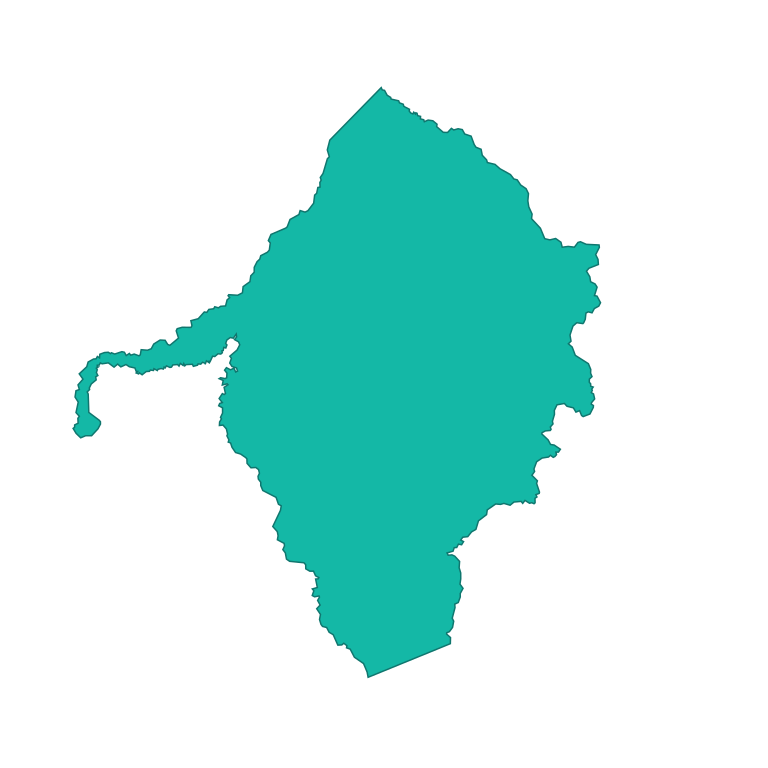 outline of Lábrea, Amazonas, Brazil, rotated 314°
{"feature_id": "56859067B73498292835260", "entity_name": "Lábrea", "entity_type": "district", "adm_level": 2, "iso_a3": "BRA", "parent_name": "Brazil", "parent_adm1": "Amazonas", "projection": "mercator", "projection_center": [-66.154, -8.383], "detail": "fine", "context": "isolated", "style": "filled", "palette": "teal", "viewbox_px": 768, "rotation_deg": 314, "n_neighbors": 0, "source": "geoboundaries", "source_scale": "gbopen_adm2", "svg_char_len": 6171}
<svg xmlns="http://www.w3.org/2000/svg" viewBox="0 0 768 768"><g transform="rotate(314 384 384)"><path d="M592.9,483.3L595.2,476.2L593.8,474.0L601.7,470.0L602.6,466.3L601.1,461.6L604.1,457.6L605.8,451.3L609.6,451.0L618.9,455.2L622.3,451.4L624.1,446.4L631.9,444.0L633.4,442.1L625.0,432.5L622.8,426.5L620.6,425.2L614.7,425.9L610.9,420.9L606.2,417.2L608.9,412.8L607.9,406.4L602.9,403.2L600.2,398.7L604.7,388.3L605.4,375.3L609.1,372.5L612.0,365.1L615.7,360.2L621.3,355.7L623.2,350.5L622.1,344.1L623.4,338.0L621.7,335.0L622.5,329.5L619.4,317.9L619.1,311.3L615.1,304.5L616.5,302.1L616.8,295.8L620.3,290.8L618.2,285.7L618.9,282.6L622.8,274.5L619.9,268.4L621.4,263.6L619.1,260.0L615.2,257.7L614.7,254.9L609.1,255.0L606.2,251.8L605.7,243.1L607.7,241.7L607.3,236.3L604.5,232.4L600.7,230.8L601.7,229.0L600.0,226.0L601.9,224.4L600.4,221.8L601.7,219.7L601.2,218.5L600.0,219.0L600.2,216.6L598.4,217.2L597.5,214.9L597.9,212.5L599.3,211.5L597.5,205.5L598.6,203.5L597.0,199.8L597.9,197.8L593.9,191.2L594.8,189.7L593.9,185.7L595.6,180.4L594.3,178.4L595.3,176.1L521.8,175.6L513.0,180.6L509.5,186.8L506.7,186.8L493.1,193.9L488.3,194.7L487.0,197.2L484.4,197.9L481.2,201.2L479.4,199.9L474.4,203.1L471.7,202.9L465.2,207.8L455.8,208.9L452.8,207.8L450.5,203.2L446.8,205.1L437.1,202.1L429.8,205.2L427.9,205.0L413.1,198.8L406.8,201.2L406.5,204.2L400.6,208.5L397.8,208.6L390.7,206.2L387.5,207.9L383.9,207.7L377.8,209.6L374.2,213.0L369.3,213.0L364.5,216.5L356.2,215.0L351.3,218.8L346.2,217.1L340.4,210.3L339.2,210.5L338.9,213.0L335.5,212.7L330.1,215.8L326.4,212.5L323.8,212.0L322.0,208.6L319.8,209.2L316.0,206.2L312.4,206.8L311.0,204.7L301.9,205.0L295.4,201.1L292.6,205.3L290.7,205.9L284.6,199.4L280.1,196.8L277.9,197.6L274.3,204.3L263.1,203.1L262.2,200.9L263.4,196.2L260.1,192.4L252.8,190.6L247.7,192.1L244.0,190.4L240.0,185.5L235.7,188.4L234.1,188.2L232.0,183.5L228.8,181.8L229.1,179.6L225.4,178.8L226.5,175.2L225.2,173.0L218.5,169.5L217.1,166.2L215.8,166.1L215.3,163.6L212.5,161.1L208.0,158.9L205.2,161.2L204.7,158.7L202.1,159.4L200.2,157.7L194.3,155.9L189.9,158.2L179.6,157.7L178.4,164.1L170.8,164.5L168.4,168.7L165.2,167.1L160.0,170.8L158.6,176.6L149.5,182.3L149.1,187.3L146.7,187.6L143.3,191.2L139.7,189.9L137.9,191.5L136.1,191.2L134.6,196.8L134.6,203.2L139.5,205.3L143.7,209.6L153.0,209.4L158.2,207.9L159.9,206.2L160.1,204.3L158.5,191.4L171.3,178.2L172.1,176.0L175.5,176.1L176.4,174.8L180.7,173.4L187.0,174.1L188.9,171.6L191.3,172.3L192.4,169.2L195.1,167.8L195.5,166.1L197.8,166.6L197.2,165.7L198.3,164.7L199.8,166.0L202.1,165.3L202.7,167.2L207.7,171.0L208.6,178.1L213.3,178.6L213.5,182.8L218.8,184.9L219.5,188.8L222.5,193.7L221.0,196.9L221.9,198.0L219.8,198.0L220.8,200.5L222.1,200.2L222.6,203.6L227.8,204.3L230.2,206.5L231.7,206.2L233.6,208.8L235.2,207.9L236.2,211.6L237.5,211.2L240.3,212.9L241.5,214.9L243.4,214.1L243.5,215.4L245.9,214.9L247.2,218.5L248.5,219.4L251.1,218.9L254.6,222.0L254.5,224.1L257.3,223.2L257.8,226.6L259.6,225.8L258.7,228.1L260.4,228.1L265.1,232.5L264.3,234.6L268.0,236.8L269.3,236.3L271.0,238.4L273.6,238.4L274.7,241.0L273.9,241.7L277.3,240.2L277.9,243.7L278.9,243.4L278.6,242.2L279.8,243.2L284.9,241.4L286.2,243.2L290.4,243.6L292.2,245.8L294.2,246.0L295.2,244.4L296.4,245.1L299.0,243.3L300.0,245.2L303.0,243.9L303.2,241.9L306.5,240.4L310.6,241.1L312.3,243.8L317.3,243.0L315.5,245.3L312.1,245.6L313.3,250.1L312.0,253.0L306.4,254.7L296.9,253.8L296.5,256.4L291.9,258.5L291.0,262.5L293.1,266.8L291.5,269.7L289.6,269.0L291.1,265.1L287.6,263.7L286.3,259.3L283.2,259.7L282.7,263.5L279.2,266.5L277.5,265.9L275.0,262.1L273.3,261.7L274.8,265.9L270.9,268.4L275.2,271.0L275.1,272.3L270.5,271.3L267.0,276.6L265.4,276.3L264.8,274.4L259.0,275.5L258.3,280.6L255.9,279.3L253.5,280.2L254.7,284.4L250.9,288.1L246.4,289.6L246.0,291.3L242.5,292.1L239.8,294.4L242.6,296.7L242.2,301.8L239.3,306.3L237.6,307.0L236.1,311.2L234.0,312.3L235.0,314.6L232.9,318.6L231.6,324.8L234.0,329.5L235.0,335.6L234.9,337.4L231.8,340.6L231.3,346.5L234.9,349.8L235.3,353.2L233.3,356.4L230.1,357.5L228.3,359.7L227.7,363.6L225.3,365.9L223.2,370.8L227.5,385.1L224.2,391.6L225.0,394.7L221.2,397.3L204.2,403.0L203.7,409.8L201.2,413.3L197.9,415.5L200.0,422.9L198.4,424.9L194.6,426.3L194.0,430.3L190.3,435.5L190.9,439.3L199.8,450.6L199.6,453.2L196.7,456.1L197.8,460.6L200.4,463.3L198.5,468.0L199.5,471.6L198.1,472.0L196.2,470.3L191.3,477.4L186.8,474.8L186.5,477.2L182.0,479.3L182.7,481.9L186.4,484.5L185.9,485.6L182.2,486.6L180.6,491.6L175.6,491.7L174.1,498.4L169.8,501.2L167.3,505.7L166.9,508.2L169.0,511.9L167.3,517.0L168.4,521.6L164.1,532.2L167.0,534.9L169.6,535.2L170.0,539.1L168.2,540.3L169.8,543.9L166.9,552.5L168.7,563.5L165.1,571.9L162.0,576.3L243.3,612.1L247.8,608.0L247.6,602.8L248.6,601.9L251.3,603.1L256.5,602.4L261.8,598.9L262.9,595.8L272.5,590.4L274.8,587.8L278.4,589.2L283.8,586.8L286.2,584.4L291.9,582.8L292.8,577.7L297.1,574.6L301.4,570.4L304.0,565.7L308.9,561.6L309.3,554.5L308.3,551.6L305.4,549.1L306.3,546.7L311.7,549.8L315.1,548.2L316.9,549.9L320.5,548.8L322.3,551.5L325.9,550.7L325.0,547.6L328.5,547.1L332.4,550.3L338.4,549.7L343.3,551.1L351.2,547.0L361.3,548.5L365.2,545.7L375.3,547.7L378.3,551.4L381.4,553.2L384.4,558.9L389.4,559.5L394.8,564.2L394.5,566.7L398.2,566.3L399.3,571.5L401.3,572.8L402.1,575.1L403.5,575.2L406.7,572.0L409.0,572.5L409.9,570.1L413.1,571.6L414.2,571.0L418.5,562.8L420.9,561.6L421.1,553.8L425.7,553.1L427.0,550.9L434.1,547.8L440.6,549.2L445.8,553.1L448.3,553.2L448.8,556.7L450.5,557.3L453.0,557.2L454.4,555.0L456.2,556.8L459.6,556.2L458.3,548.8L456.2,545.8L457.8,540.9L457.7,532.2L458.7,531.5L462.4,532.7L466.1,535.9L467.4,535.7L468.6,533.5L472.7,533.3L474.1,531.1L480.6,527.7L483.3,524.9L489.2,522.9L495.3,527.3L495.1,531.1L498.4,536.8L497.1,541.6L500.7,543.2L498.6,548.0L498.9,549.9L505.5,553.0L512.6,550.8L514.0,549.6L513.5,547.1L514.6,546.3L519.6,545.9L522.4,541.6L521.8,539.1L524.2,538.2L524.6,537.0L527.1,536.6L526.0,534.2L527.7,532.5L527.9,530.4L530.2,528.3L533.8,528.5L535.3,525.1L538.1,522.6L540.6,516.9L537.5,501.7L541.3,493.7L541.0,488.7L544.7,488.8L548.4,483.8L556.9,479.7L562.0,480.1L565.6,485.1L566.8,485.1L570.4,483.8L575.3,480.0L577.8,480.8L579.7,484.2L584.4,482.9L589.2,484.4L592.9,483.3Z" fill="#14b8a6" stroke="#0f766e" stroke-width="1.5"/></g></svg>